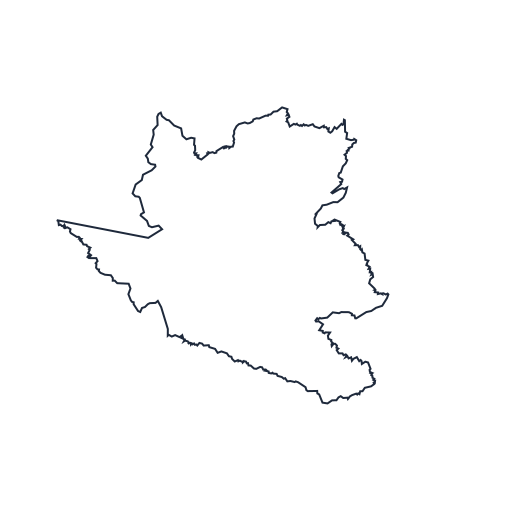 outline of Puerto Colombia, Guainía, Colombia, rotated 237°
{"feature_id": "7082276B8590395772901", "entity_name": "Puerto Colombia", "entity_type": "district", "adm_level": 2, "iso_a3": "COL", "parent_name": "Colombia", "parent_adm1": "Guainía", "projection": "natural_earth1", "projection_center": [-68.335, 2.492], "detail": "fine", "context": "isolated", "style": "outline", "palette": "slate", "viewbox_px": 512, "rotation_deg": 237, "n_neighbors": 0, "source": "geoboundaries", "source_scale": "gbopen_adm2", "svg_char_len": 6129}
<svg xmlns="http://www.w3.org/2000/svg" viewBox="0 0 512 512"><g transform="rotate(237 256 256)"><path d="M84.0,281.5L84.2,285.3L85.3,285.6L84.7,286.4L86.4,287.8L86.8,286.4L87.0,287.6L88.2,286.9L88.6,288.3L90.5,287.4L92.0,288.3L93.3,287.8L94.1,289.4L94.8,288.8L94.7,289.7L96.7,288.4L98.7,289.3L99.0,290.6L105.7,292.0L107.8,290.1L107.8,286.0L110.4,287.3L111.8,287.1L111.6,285.3L116.3,285.5L116.7,281.7L115.9,279.4L119.2,280.6L119.7,277.9L122.1,278.1L122.3,276.0L123.3,278.0L124.6,277.7L125.1,275.4L127.2,275.5L129.2,272.4L133.1,272.4L133.5,274.6L135.3,273.5L136.8,275.1L139.2,274.6L140.1,273.2L139.2,270.5L140.8,271.2L141.3,273.0L143.4,272.5L144.5,273.4L147.1,271.6L150.0,272.9L151.5,276.4L154.2,272.5L153.8,271.4L155.5,270.3L156.8,271.2L159.3,268.6L162.2,275.0L167.1,273.0L168.3,270.7L169.5,270.7L170.5,273.4L169.0,273.8L169.3,275.8L168.2,276.5L165.5,282.2L166.9,289.7L162.8,294.5L162.5,297.0L158.3,303.3L155.3,305.0L154.1,304.1L152.5,306.2L149.7,305.3L149.1,306.2L148.9,318.0L147.1,322.7L147.2,328.4L145.5,334.7L149.3,342.9L151.7,346.1L152.8,345.9L153.0,343.9L155.3,342.6L156.0,341.2L155.3,341.0L156.8,340.1L157.7,337.5L158.9,338.5L161.0,335.9L162.2,337.5L162.9,336.9L162.9,337.7L164.2,337.7L171.5,336.0L174.2,339.1L174.6,342.8L177.3,344.0L177.5,342.6L178.5,344.2L179.3,343.7L178.9,342.5L180.0,343.8L180.5,342.6L183.2,344.9L183.9,343.4L185.1,345.4L188.3,343.6L188.8,344.4L188.0,344.7L189.4,344.9L190.9,347.7L193.2,345.6L198.9,348.4L201.1,347.2L203.9,348.4L203.7,347.4L205.0,347.1L207.4,348.7L207.4,347.3L209.6,347.4L211.2,344.8L212.0,346.2L217.2,345.1L217.1,346.6L223.4,343.6L223.6,345.4L225.4,345.6L226.4,344.4L226.2,341.7L226.9,341.2L227.8,342.7L228.5,341.4L229.2,342.6L230.6,342.5L231.3,345.3L231.5,343.7L232.9,345.7L232.9,344.4L234.5,344.6L234.5,345.7L236.1,345.0L236.2,343.7L237.8,344.0L238.6,345.3L243.8,341.7L243.8,340.6L242.7,340.8L244.0,338.2L242.9,336.4L245.0,335.1L244.5,331.1L247.2,326.4L246.5,323.4L247.4,324.2L250.9,323.1L255.6,325.5L258.2,329.6L258.8,329.1L260.5,336.2L262.3,339.3L260.5,343.3L259.1,350.2L256.7,353.7L257.4,361.1L260.1,365.7L263.9,369.7L264.1,366.5L265.7,365.7L266.6,362.1L266.9,354.3L268.1,353.9L269.9,366.7L272.1,366.9L271.4,368.6L273.0,370.2L276.9,368.2L278.3,368.6L280.2,371.0L279.8,372.5L283.9,377.7L284.8,381.7L286.7,384.7L288.6,384.2L290.8,385.9L292.7,385.4L293.0,388.5L294.6,389.2L294.1,390.9L295.0,390.9L295.2,392.7L296.1,392.7L295.3,396.1L297.1,397.5L297.5,399.6L296.8,401.4L298.5,403.1L300.7,402.1L300.2,401.5L301.4,398.8L305.1,395.6L309.5,399.4L311.7,398.4L321.5,404.5L322.4,404.0L318.8,401.1L318.9,399.9L320.3,399.6L318.7,392.9L321.3,392.1L319.1,387.8L318.9,385.5L321.0,384.5L323.4,386.5L323.6,385.0L325.8,385.1L326.9,383.1L328.3,383.8L328.7,378.8L332.8,375.6L335.6,375.4L336.7,370.7L338.7,369.3L338.9,368.0L340.5,367.7L340.0,365.4L341.4,365.0L341.3,363.7L343.7,362.2L344.7,362.3L344.8,360.6L346.2,359.7L346.2,354.8L350.6,355.8L352.2,354.9L352.6,356.1L354.4,356.7L354.5,359.8L356.5,360.3L357.2,358.5L358.2,360.5L360.0,360.2L362.0,362.4L366.4,358.8L365.9,352.6L367.5,349.3L366.7,345.3L367.8,343.3L367.1,342.5L368.5,340.4L369.6,333.5L371.2,331.5L371.9,328.1L370.7,326.6L370.9,323.2L371.7,321.2L374.1,319.4L375.9,313.4L375.4,310.3L372.9,305.8L370.4,304.3L369.0,302.1L365.5,301.2L364.7,299.7L363.1,299.4L360.4,296.1L361.3,294.6L361.1,292.4L362.3,293.0L363.4,291.8L363.2,290.3L364.4,290.7L365.0,289.2L363.7,288.7L363.7,287.7L365.4,287.4L365.5,280.0L364.3,279.0L364.9,277.2L366.7,276.2L367.6,273.5L369.0,272.6L368.0,272.0L368.6,271.0L367.5,270.8L366.7,262.7L370.0,260.7L370.6,260.7L369.8,262.0L370.8,261.2L371.8,262.6L373.9,260.1L374.7,261.7L375.6,260.2L376.5,260.4L377.8,262.6L381.7,264.9L383.0,264.6L388.1,268.5L390.5,266.0L391.8,261.2L396.9,259.8L403.8,262.7L410.0,258.4L417.3,256.9L418.9,255.2L424.4,253.3L428.1,254.2L428.2,251.6L426.6,249.0L419.4,244.8L417.7,238.4L413.5,236.3L406.8,228.5L403.6,228.5L400.1,218.2L396.6,218.3L393.3,216.8L390.3,217.9L387.5,221.1L385.8,220.4L384.7,215.2L385.7,205.5L381.9,201.6L381.5,194.0L375.7,186.6L371.8,187.3L369.6,189.9L368.0,190.2L353.6,185.8L353.7,182.3L352.8,181.3L344.8,183.7L339.6,182.5L336.8,184.4L334.5,190.9L329.6,191.8L329.9,175.5L394.5,108.5L392.9,109.2L389.3,107.5L388.8,109.1L386.9,109.5L386.0,111.1L386.5,112.3L384.6,112.0L384.3,110.4L383.4,110.8L382.8,113.4L379.5,115.0L377.9,113.3L376.1,113.1L369.6,116.1L368.6,117.8L367.4,118.1L366.8,117.0L365.3,118.9L364.7,116.9L363.5,117.3L363.8,117.9L359.7,117.5L357.7,120.0L356.2,119.7L353.2,121.6L352.8,119.6L351.7,119.9L349.9,116.8L346.5,118.1L346.1,116.8L347.5,115.5L346.9,114.1L345.2,114.8L341.2,120.9L338.0,120.3L337.3,117.6L336.1,117.8L333.3,115.5L331.1,115.8L330.2,117.0L329.0,116.0L326.6,116.4L322.6,119.1L318.9,123.8L315.5,123.9L313.3,122.4L312.3,124.1L308.8,124.8L302.1,134.1L297.1,133.0L293.5,128.2L287.1,126.9L285.1,127.0L283.8,128.2L282.2,127.1L274.1,127.1L272.1,128.4L274.5,132.1L273.7,135.1L274.5,139.0L274.3,141.2L271.4,146.2L271.8,149.2L264.7,148.6L242.8,142.3L237.2,138.6L237.4,139.9L234.3,141.5L233.7,145.1L229.6,147.7L229.7,149.9L227.9,148.7L227.0,149.5L228.0,150.5L225.9,149.9L224.8,150.8L223.7,149.0L223.7,150.4L221.6,152.3L219.8,152.3L219.2,151.2L219.3,153.3L218.4,154.0L217.2,153.3L217.5,154.6L216.5,154.7L216.4,156.4L214.9,156.3L214.2,157.8L212.9,158.0L213.9,161.2L211.8,163.1L209.4,163.3L206.9,167.8L205.0,167.2L200.4,171.1L195.7,171.1L194.8,175.0L190.2,178.6L186.7,178.7L184.9,180.5L182.7,179.9L179.1,180.7L178.5,184.1L177.3,183.8L177.0,185.5L174.8,186.7L174.7,187.8L173.9,187.2L174.1,188.9L172.9,190.1L171.0,189.8L170.5,190.9L168.3,190.1L167.0,191.9L162.7,193.0L161.2,194.8L160.7,199.1L159.3,200.5L156.8,200.2L155.5,202.3L154.2,202.6L154.3,201.7L152.3,203.7L151.0,203.0L149.2,204.8L149.1,206.3L148.0,206.4L145.9,209.1L143.7,208.8L140.5,211.7L137.9,212.5L137.7,213.9L133.8,214.0L132.4,216.8L129.2,219.8L129.2,221.0L127.3,222.5L119.0,226.1L116.1,225.2L114.5,225.8L109.5,233.8L107.3,232.6L105.5,233.6L96.8,231.9L93.4,235.7L93.5,241.2L91.2,244.9L92.5,248.2L92.3,250.7L89.4,251.8L87.4,255.5L86.0,255.2L87.1,258.3L87.0,260.8L86.0,265.1L84.7,265.4L85.1,266.9L83.8,267.5L85.8,269.7L84.6,271.7L86.2,275.5L84.0,281.5Z" fill="none" stroke="#1e293b" stroke-width="2"/></g></svg>